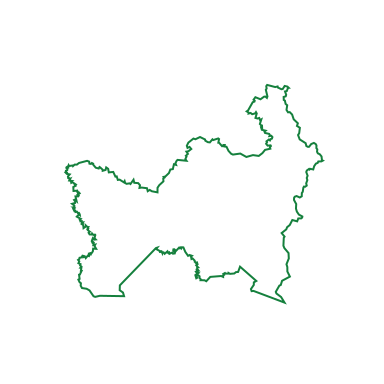 the district of Caucasia, Antioquia, Colombia, rotated 111°
{"feature_id": "7082276B49158804939428", "entity_name": "Caucasia", "entity_type": "district", "adm_level": 2, "iso_a3": "COL", "parent_name": "Colombia", "parent_adm1": "Antioquia", "projection": "orthographic", "projection_center": [-75.012, 7.838], "detail": "fine", "context": "isolated", "style": "outline", "palette": "green", "viewbox_px": 384, "rotation_deg": 111, "n_neighbors": 0, "source": "geoboundaries", "source_scale": "gbopen_adm2", "svg_char_len": 6040}
<svg xmlns="http://www.w3.org/2000/svg" viewBox="0 0 384 384"><g transform="rotate(111 192 192)"><path d="M324.6,246.6L324.6,244.8L321.9,240.8L313.6,218.1L310.6,220.4L309.6,224.3L305.0,225.9L257.3,205.6L256.4,204.5L258.1,205.0L258.6,201.2L260.1,199.9L258.6,200.3L258.2,199.3L259.8,197.7L258.8,197.8L258.5,196.9L259.5,195.4L256.3,193.7L257.3,193.0L255.9,191.1L257.4,191.8L257.9,191.0L255.4,188.5L257.0,187.0L256.1,187.4L255.6,186.1L254.1,186.2L253.2,188.6L252.2,188.8L251.8,188.0L252.6,185.8L248.5,184.1L248.9,183.2L247.9,182.7L248.5,181.8L247.2,181.6L246.8,180.2L250.3,176.8L253.0,172.8L251.8,171.8L252.3,170.1L251.6,170.2L251.6,169.2L252.6,169.8L254.7,168.5L253.8,167.7L255.1,164.9L256.2,164.4L256.3,162.9L257.6,163.1L256.1,162.0L257.5,160.9L258.9,161.8L260.1,159.4L260.5,160.2L261.8,159.7L262.8,158.1L263.1,159.6L264.3,158.7L265.0,159.7L265.5,159.0L264.7,157.8L265.0,156.8L268.4,159.1L271.0,157.1L270.3,156.5L268.5,158.0L267.5,156.3L268.0,154.7L269.4,154.4L270.4,152.5L271.3,152.4L269.9,148.7L270.2,146.7L264.7,144.5L260.0,134.7L260.1,132.5L258.8,133.0L257.9,132.4L257.3,133.4L255.8,132.2L256.2,131.5L255.1,128.6L254.5,128.8L254.8,127.2L252.9,123.3L251.1,122.3L250.1,120.3L244.5,120.4L252.0,100.1L254.2,101.9L256.6,101.0L261.5,102.2L263.2,100.8L262.3,99.1L262.1,66.0L258.1,71.2L256.5,76.8L255.2,78.0L248.1,76.9L247.0,75.8L242.6,76.1L235.9,70.3L232.0,74.5L227.9,76.1L225.6,77.9L219.4,77.8L214.4,80.0L211.3,85.6L209.4,87.4L201.9,89.9L200.5,89.6L198.2,93.6L193.1,90.6L190.8,90.6L187.8,88.9L182.2,88.3L181.7,83.3L178.6,83.3L177.5,80.6L176.4,80.0L175.3,80.2L174.8,84.1L172.7,87.1L170.2,89.0L165.9,90.4L162.9,93.9L160.9,94.6L159.6,94.4L158.3,92.9L158.5,89.4L156.7,88.0L153.6,89.1L152.1,88.7L148.0,89.6L146.8,89.4L146.6,88.3L144.9,87.2L143.0,88.5L139.5,88.6L137.8,89.9L135.4,89.9L132.4,92.5L130.8,92.5L128.5,91.0L128.9,90.3L128.0,89.8L127.5,86.9L124.1,87.2L121.1,86.5L119.8,85.1L118.2,85.0L117.1,82.2L115.8,81.1L115.7,82.1L112.4,83.8L111.0,86.2L110.8,88.4L109.6,89.7L107.3,90.3L106.5,91.6L103.9,92.5L102.9,93.7L102.5,95.8L104.5,97.9L107.8,98.9L108.3,99.9L108.1,101.7L105.7,103.4L104.3,110.3L100.8,113.4L98.7,113.0L93.4,114.3L92.7,117.7L89.9,117.8L87.7,123.1L83.8,126.3L82.4,129.4L83.2,130.9L81.5,133.2L76.9,134.2L76.2,136.2L73.4,138.0L73.2,139.3L70.4,140.5L69.1,138.8L67.5,138.9L64.8,141.2L63.8,139.7L60.5,139.7L60.1,139.0L59.4,140.7L59.8,143.5L63.3,144.2L64.0,145.3L63.7,149.2L62.8,149.9L64.2,151.9L65.1,160.2L66.6,160.6L68.7,159.4L70.1,159.7L75.8,155.8L77.3,155.8L76.6,157.7L77.2,158.9L80.9,161.3L80.8,166.8L83.8,167.6L84.3,166.2L85.2,166.1L86.4,167.5L95.8,168.9L97.1,169.8L97.6,167.5L98.5,167.3L97.2,165.6L97.8,163.7L96.0,161.2L94.5,160.9L95.5,159.7L100.1,159.3L99.9,157.1L98.8,155.8L100.5,154.2L99.4,153.3L104.2,153.0L104.9,151.4L106.3,150.7L105.5,150.2L107.5,149.3L107.5,150.2L108.9,149.1L108.4,145.3L109.6,146.0L110.7,145.0L110.1,140.8L111.0,139.6L112.0,139.7L111.1,138.1L111.9,136.6L113.5,136.5L114.4,137.5L115.9,137.7L115.4,139.0L118.0,140.6L118.7,139.8L120.4,140.1L121.6,138.0L120.3,135.4L120.8,134.8L122.4,135.3L123.5,134.4L126.5,138.9L130.5,140.2L134.4,142.6L135.7,148.3L139.8,153.8L138.8,160.7L142.4,167.2L142.3,169.1L140.5,172.7L137.4,176.0L137.9,178.0L136.4,178.3L136.8,179.4L137.6,179.0L138.5,180.3L136.3,184.4L136.5,185.1L132.9,185.7L132.6,186.7L135.9,190.8L135.5,191.8L139.3,193.1L139.8,195.1L139.3,198.0L138.3,198.6L137.8,204.2L141.5,207.7L141.6,209.8L147.2,213.1L150.7,213.4L152.4,212.0L150.8,210.5L152.1,208.1L155.3,210.0L156.3,211.7L157.9,209.5L160.4,210.7L160.9,209.8L163.6,210.0L164.8,208.3L167.2,217.0L168.3,217.5L171.1,217.8L172.4,216.6L172.6,218.8L177.5,218.1L178.8,220.3L182.5,220.3L187.0,222.4L188.0,223.8L188.5,222.9L189.6,223.7L192.3,222.5L197.3,225.0L200.4,225.7L204.7,224.1L205.7,229.8L205.2,232.2L207.1,233.6L204.6,235.4L205.9,240.6L207.0,242.5L204.3,243.0L203.0,245.4L204.1,249.2L201.5,251.0L206.6,252.3L206.3,253.4L207.8,256.0L207.6,257.6L206.0,258.8L207.4,259.0L206.4,264.0L207.3,265.6L204.4,267.9L205.1,269.0L201.5,272.7L203.5,276.7L200.4,278.6L199.8,280.9L202.4,280.6L204.2,283.0L203.2,283.4L201.9,286.7L201.8,287.3L203.5,287.5L203.8,290.6L201.8,294.2L201.0,294.4L200.8,295.9L202.0,296.4L202.3,297.9L200.5,298.9L200.5,301.1L205.4,307.9L207.7,309.3L208.5,311.4L210.5,312.4L210.0,312.9L211.8,316.1L211.2,316.8L212.7,316.8L214.3,315.8L213.0,317.4L213.8,318.0L214.5,318.0L215.0,316.6L216.3,316.3L217.3,317.3L218.2,316.8L219.0,317.3L219.8,315.6L219.2,315.2L219.8,314.7L219.4,312.5L221.9,313.4L223.3,312.6L223.0,311.4L224.3,310.9L223.8,310.5L225.3,310.7L224.7,308.1L225.6,308.7L226.7,308.0L225.7,307.2L226.6,303.3L227.3,303.9L227.9,302.9L229.9,304.6L233.5,303.0L232.1,300.1L233.4,298.7L232.6,298.8L233.7,297.4L233.1,297.2L233.5,296.4L235.6,297.8L235.9,296.5L236.8,296.6L237.9,299.2L241.7,296.6L240.9,298.4L241.7,299.2L242.9,297.4L244.1,297.2L246.0,299.7L246.8,297.0L248.4,296.3L248.8,297.1L249.0,295.8L250.0,296.2L249.1,297.0L250.0,297.1L251.9,295.0L251.2,294.5L251.9,293.4L251.2,293.2L252.1,293.2L251.6,292.4L252.5,291.1L252.0,290.1L253.1,288.8L253.8,288.4L253.5,289.6L256.3,290.7L256.9,286.3L258.5,287.5L257.9,286.2L259.3,285.7L258.7,284.5L259.9,283.9L259.6,283.3L260.3,283.6L260.3,282.7L261.5,283.3L261.8,281.7L264.6,280.3L262.2,278.7L261.3,279.1L262.2,276.9L261.9,276.2L263.9,276.3L263.7,275.7L264.9,275.6L265.7,273.2L267.1,273.9L268.3,272.4L267.6,270.3L266.6,270.4L267.3,269.2L266.3,266.3L267.6,267.7L268.2,266.7L270.1,266.4L270.8,264.9L271.5,266.2L270.6,268.0L273.4,268.0L273.9,266.9L274.3,267.5L275.2,266.6L274.8,265.5L276.9,265.1L275.8,263.5L277.3,263.7L279.4,261.1L280.3,264.0L283.0,263.3L285.8,264.0L285.4,264.9L286.2,265.9L286.8,265.1L287.0,266.1L287.9,266.0L287.7,265.2L288.8,265.2L288.9,266.5L291.8,267.5L290.7,268.7L291.5,269.7L290.5,269.8L290.7,271.4L292.6,271.7L293.7,273.4L295.0,273.2L296.2,274.0L297.1,272.4L299.2,272.5L299.3,270.2L300.6,270.2L301.3,268.5L302.7,269.0L302.5,268.1L305.4,267.5L305.2,266.8L309.2,267.1L309.7,267.8L313.4,265.8L314.5,266.7L316.5,264.6L317.0,263.0L319.3,262.4L321.1,260.3L320.1,255.7L320.6,252.4L324.6,246.6Z" fill="none" stroke="#15803d" stroke-width="2"/></g></svg>